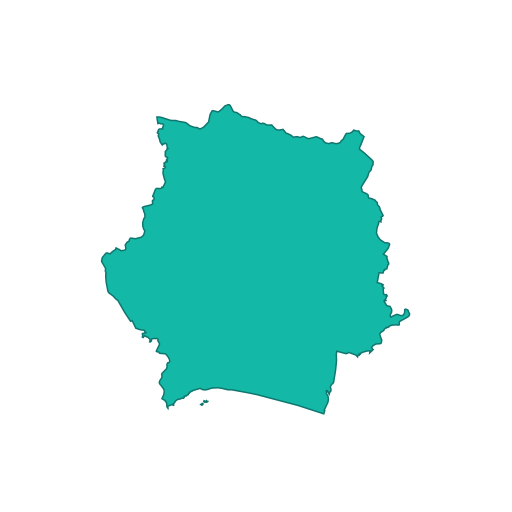 Cam Xuyen, Ha Tinh, Vietnam (orthographic projection), rotated 149°
{"feature_id": "81297802B99684516055458", "entity_name": "Cam Xuyen", "entity_type": "district", "adm_level": 2, "iso_a3": "VNM", "parent_name": "Vietnam", "parent_adm1": "Ha Tinh", "projection": "orthographic", "projection_center": [106.007, 18.19], "detail": "fine", "context": "isolated", "style": "filled", "palette": "teal", "viewbox_px": 512, "rotation_deg": 149, "n_neighbors": 0, "source": "geoboundaries", "source_scale": "gbopen_adm2", "svg_char_len": 6166}
<svg xmlns="http://www.w3.org/2000/svg" viewBox="0 0 512 512"><g transform="rotate(149 256 256)"><path d="M409.9,170.7L409.6,171.0L409.8,172.2L408.6,172.6L403.9,171.8L403.9,170.6L403.5,170.4L403.2,170.7L403.3,171.7L401.3,172.2L399.8,173.1L398.0,173.4L395.9,173.1L394.6,172.4L392.4,172.3L391.5,171.4L390.3,171.8L389.6,172.8L387.7,171.9L386.3,172.3L385.6,172.0L384.7,172.9L383.8,172.7L382.6,173.4L382.0,173.1L381.6,173.5L379.9,173.0L379.4,173.2L372.1,171.3L370.6,169.0L368.6,167.4L366.2,166.5L362.0,165.6L356.5,162.7L353.7,160.4L349.1,155.9L345.7,153.8L333.2,142.8L326.4,136.5L297.0,106.3L279.2,85.8L276.7,88.1L276.8,88.8L269.7,93.6L267.7,95.9L266.5,98.7L266.5,101.8L265.5,103.2L265.2,104.4L264.8,104.4L264.2,103.5L264.5,99.8L262.7,101.4L261.7,101.5L260.7,102.5L259.6,105.6L257.5,107.0L255.8,107.1L254.5,107.8L246.4,117.4L240.9,124.8L237.6,130.7L235.7,132.7L229.1,125.9L228.4,125.6L226.1,125.5L221.4,119.7L220.9,117.2L219.7,118.5L218.7,117.8L217.8,119.0L217.1,118.1L216.5,118.8L213.4,118.4L209.0,117.1L207.1,116.0L208.4,114.4L203.8,115.4L204.3,117.8L201.9,118.9L198.5,118.8L195.0,117.0L194.2,116.8L193.3,117.0L191.6,119.1L190.4,124.9L189.5,125.8L188.5,126.2L185.4,126.3L184.5,126.5L184.0,127.1L181.6,127.5L181.3,127.2L180.9,127.5L179.6,126.8L179.3,127.1L178.5,126.8L178.0,127.1L176.0,127.1L175.4,126.6L174.4,126.6L173.3,125.7L171.8,125.1L169.1,123.2L168.5,123.4L167.5,125.3L166.5,125.9L157.1,125.6L155.3,126.0L154.1,127.3L154.0,129.6L153.6,131.0L154.1,132.2L155.1,133.4L156.1,133.5L157.8,130.9L159.3,129.9L161.0,129.5L162.5,130.2L164.6,132.8L165.7,133.6L170.6,134.1L171.6,133.9L172.0,134.3L171.7,135.7L170.7,136.8L168.9,137.8L167.5,139.7L167.2,140.9L167.1,143.8L168.8,145.3L169.5,146.4L169.5,151.4L168.6,151.8L168.0,151.0L167.5,150.9L167.4,152.1L165.9,153.1L165.3,154.1L164.1,154.1L164.1,155.7L165.1,156.1L166.1,157.2L166.1,157.9L164.0,162.2L163.7,162.5L163.2,162.4L163.2,162.9L162.8,163.1L163.4,165.3L163.0,165.6L162.2,165.5L161.8,166.0L162.4,166.7L162.8,166.7L162.8,167.7L165.8,170.8L159.2,178.2L155.9,176.0L153.9,177.8L153.1,177.5L152.2,178.2L150.5,177.6L147.4,180.6L146.6,180.6L145.8,181.7L145.9,182.7L144.7,187.3L143.9,188.1L145.9,191.9L139.1,194.3L135.6,197.0L135.3,197.7L135.5,198.3L136.7,199.7L138.8,201.0L141.2,206.1L141.5,209.5L141.2,212.5L140.7,214.0L137.8,217.7L133.9,220.9L133.4,222.1L133.0,222.2L132.1,221.8L131.3,220.9L130.8,222.0L129.9,222.4L129.1,223.3L128.6,225.0L126.7,224.9L126.2,225.2L125.7,231.7L124.9,234.4L125.5,237.3L124.5,239.6L125.0,240.5L125.2,242.6L127.6,246.0L129.4,247.4L129.5,248.2L128.6,250.3L128.6,251.2L129.1,252.3L132.0,256.7L131.0,258.3L130.7,260.2L129.6,261.3L119.4,266.5L115.9,269.7L113.9,270.1L112.9,270.6L111.0,272.7L108.6,274.1L106.9,276.7L107.1,278.3L110.0,288.3L112.3,294.3L110.9,296.0L109.1,297.1L101.9,302.7L103.7,307.3L103.5,310.3L105.3,311.2L107.4,313.6L109.6,312.8L112.5,312.9L115.4,314.5L116.3,314.2L121.4,311.1L123.4,310.9L125.4,309.9L127.0,310.1L129.6,311.0L132.6,314.1L135.6,314.8L137.6,316.5L138.7,318.5L139.0,322.2L140.6,323.9L142.7,327.1L150.1,329.3L151.1,330.1L153.7,334.1L154.5,334.5L156.9,334.7L159.4,337.2L162.9,338.7L163.7,341.2L165.9,344.7L166.9,345.6L167.6,350.6L171.2,352.0L172.6,352.8L173.7,354.4L174.9,358.9L175.0,360.2L179.2,362.6L180.6,365.2L182.0,366.5L183.2,366.6L184.5,367.8L185.6,370.0L185.8,371.6L186.4,372.8L188.7,375.2L191.0,378.5L194.2,381.5L195.8,382.4L196.5,383.2L196.8,385.2L197.8,386.9L198.4,388.6L200.6,390.7L201.0,391.6L200.6,398.3L201.0,399.4L202.0,400.1L205.7,400.6L209.3,399.5L213.3,398.9L214.5,399.1L217.9,402.7L219.0,403.0L222.5,400.9L227.6,395.3L234.5,393.4L238.2,393.6L239.0,394.2L240.3,396.5L242.2,397.6L245.6,401.7L247.2,406.0L248.4,407.4L253.0,411.3L254.9,413.4L259.2,416.1L265.3,423.1L267.2,424.9L269.4,426.2L271.9,420.0L270.4,419.6L269.7,418.5L267.8,417.1L268.1,415.4L268.4,415.0L269.8,414.4L270.5,413.0L273.1,414.5L273.9,414.6L275.1,414.2L275.6,413.2L276.9,412.8L277.1,412.3L276.5,410.7L278.0,409.3L278.4,406.3L279.4,403.1L279.2,399.5L278.4,400.0L277.4,399.4L276.0,399.6L274.9,398.0L276.2,394.6L276.0,393.5L277.3,393.6L277.9,392.8L279.8,392.4L280.3,391.8L280.6,390.7L281.3,390.3L282.4,388.0L281.3,386.2L281.3,385.3L283.5,384.4L283.5,384.1L282.7,383.9L282.8,383.4L283.9,382.5L285.1,383.3L286.1,382.9L287.0,383.0L287.4,382.2L287.0,381.7L288.7,380.5L287.7,379.0L289.3,378.2L290.6,378.7L290.7,378.2L293.2,374.7L295.1,368.2L295.1,366.7L296.0,365.7L300.4,362.8L301.1,363.5L302.0,362.8L303.3,363.1L306.5,365.2L307.9,364.9L313.8,360.4L313.9,360.2L313.3,359.7L313.2,359.1L313.8,357.5L314.7,356.8L316.0,356.9L316.5,356.5L317.7,353.8L320.4,354.1L326.8,356.1L328.0,356.2L328.6,355.9L328.6,353.8L329.3,351.8L329.4,350.2L330.6,347.4L331.2,346.6L333.2,345.6L336.1,342.7L337.6,340.1L338.5,336.5L338.2,335.0L340.5,332.7L342.2,331.6L344.7,331.2L350.4,332.9L354.3,336.0L355.7,335.6L357.3,334.1L359.4,334.2L362.3,332.9L363.8,329.3L364.9,328.6L366.5,328.9L369.1,330.2L369.9,332.2L370.8,333.2L371.4,334.6L371.9,335.0L372.9,333.9L377.0,333.7L380.0,333.0L381.9,335.2L383.2,335.7L388.6,333.8L391.0,331.2L391.2,330.4L391.3,322.9L392.9,320.7L393.3,318.9L395.5,315.6L397.9,310.7L401.0,302.3L401.2,300.5L399.1,295.4L398.2,291.1L397.3,289.0L397.6,275.5L397.2,265.8L397.1,264.6L395.4,264.4L396.2,255.9L393.0,252.2L390.1,250.0L390.3,247.8L389.7,247.2L389.9,246.8L393.2,248.0L393.6,247.8L394.1,246.1L395.2,245.0L394.6,244.2L392.7,245.1L390.5,241.9L389.9,240.0L389.9,239.0L390.1,238.3L391.4,237.3L391.1,236.8L389.6,237.0L387.9,238.7L385.3,237.5L384.7,236.9L383.4,236.3L382.8,235.4L382.9,234.8L383.8,233.9L383.9,230.2L390.5,225.8L390.3,225.0L388.9,224.0L388.7,222.2L383.9,218.7L383.3,214.7L383.4,212.5L383.9,210.6L384.5,209.8L385.6,209.6L386.6,209.9L387.6,209.4L388.4,208.6L389.3,206.8L390.8,205.4L396.6,204.0L397.8,203.1L398.5,201.3L399.6,200.1L402.8,198.6L404.2,197.2L404.4,196.0L404.0,193.5L403.7,189.2L404.2,187.5L406.2,184.9L410.1,182.1L408.6,179.3L408.3,176.8L408.6,175.4L410.0,172.6L409.9,170.7ZM374.0,156.3L372.9,156.0L372.3,156.2L372.8,156.6L372.9,157.5L373.9,157.1L375.1,158.7L375.7,158.1L375.7,157.6L375.4,157.1L374.7,157.0L374.0,156.3ZM378.5,155.9L377.8,156.3L378.6,156.7L377.4,157.6L378.0,157.3L379.9,157.2L379.3,156.0L378.5,155.9Z" fill="#14b8a6" stroke="#0f766e" stroke-width="1.5"/></g></svg>